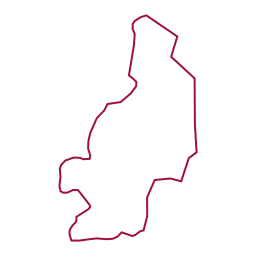 the district of Nairi, Kotayk, Armenia
{"feature_id": "60910142B16910002404560", "entity_name": "Nairi", "entity_type": "district", "adm_level": 2, "iso_a3": "ARM", "parent_name": "Armenia", "parent_adm1": "Kotayk", "projection": "robinson", "projection_center": [44.476, 40.372], "detail": "fine", "context": "isolated", "style": "outline", "palette": "rose", "viewbox_px": 256, "rotation_deg": 0, "n_neighbors": 0, "source": "geoboundaries", "source_scale": "gbopen_adm2", "svg_char_len": 905}
<svg xmlns="http://www.w3.org/2000/svg" viewBox="0 0 256 256"><path d="M146.4,15.4L141.1,17.0L134.9,20.8L132.7,24.0L132.7,29.1L134.7,33.8L134.0,44.6L130.8,64.2L128.9,75.4L133.5,79.0L136.4,82.1L136.2,86.2L130.7,93.5L120.6,102.1L107.6,104.0L104.3,110.3L99.7,115.1L96.8,118.2L90.4,132.6L88.5,140.5L88.1,148.4L90.3,155.8L89.6,158.9L83.1,159.2L80.0,157.8L73.7,157.6L65.5,160.4L61.2,164.9L59.8,168.9L60.5,177.2L59.4,185.9L60.6,191.3L63.3,192.7L67.4,192.6L73.2,189.9L78.0,190.1L85.3,199.3L89.7,205.1L90.2,206.9L88.5,209.1L76.5,216.8L76.3,221.3L72.2,225.9L69.6,230.4L69.6,234.6L71.4,240.5L79.3,240.6L88.0,239.4L96.4,238.4L106.5,239.2L112.6,238.8L117.1,236.9L121.7,232.4L132.3,236.0L135.2,235.0L140.0,231.4L143.6,230.3L147.2,216.3L147.1,197.4L154.7,180.0L170.3,178.5L181.2,181.3L188.8,158.1L196.6,152.3L194.9,124.8L194.6,78.4L171.2,56.8L177.3,36.5L146.4,15.4Z" fill="none" stroke="#9f1239" stroke-width="2"/></svg>